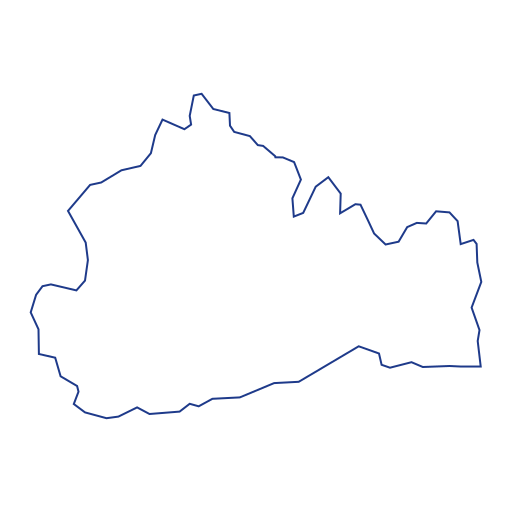 the Administrative County of Surrey
{"feature_id": "GBR-2755", "entity_name": "Surrey", "entity_type": "Administrative County", "adm_level": 1, "iso_a3": "GBR", "parent_name": "United Kingdom", "parent_adm1": "", "projection": "mercator", "projection_center": [-0.379, 51.274], "detail": "fine", "context": "isolated", "style": "outline", "palette": "blue", "viewbox_px": 512, "rotation_deg": 0, "n_neighbors": 0, "source": "natural_earth", "source_scale": "10m", "svg_char_len": 1199}
<svg xmlns="http://www.w3.org/2000/svg" viewBox="0 0 512 512"><path d="M229.4,113.0L230.0,125.7L234.2,131.9L249.9,136.1L257.8,145.1L263.1,145.9L275.2,156.2L275.4,157.3L282.8,157.4L294.1,162.1L296.6,168.5L300.9,179.6L292.4,198.3L293.8,216.6L303.2,212.9L315.7,186.7L328.3,177.2L340.7,193.6L340.1,213.3L355.4,204.2L360.5,204.7L367.9,220.2L374.1,233.5L385.6,244.5L398.6,241.7L407.2,227.1L416.8,222.9L426.2,223.5L436.1,211.3L449.5,212.4L456.0,219.4L457.6,221.1L460.7,244.1L473.5,239.9L476.6,243.9L477.3,262.5L481.3,281.9L471.6,307.6L479.5,330.1L477.7,341.0L480.7,366.5L460.1,366.5L449.5,366.0L422.8,367.0L411.5,362.2L390.0,367.7L381.6,364.8L379.0,353.5L358.7,346.3L298.7,381.8L274.1,383.1L239.8,397.4L212.4,398.8L198.7,406.3L189.7,403.8L179.6,411.6L149.5,414.0L137.1,407.4L118.4,416.6L106.5,418.2L85.0,412.4L73.8,404.0L78.5,391.7L77.1,386.0L60.6,376.3L55.2,357.7L38.9,354.0L38.5,329.3L30.7,312.4L36.1,294.8L42.5,286.2L50.9,284.4L76.4,290.4L85.0,280.6L87.9,260.1L85.7,242.6L68.0,210.9L90.1,184.9L101.2,182.5L121.4,170.3L140.5,165.9L150.9,153.2L155.2,135.0L162.5,119.6L184.4,129.2L191.1,124.6L189.7,115.9L193.8,95.5L201.6,93.8L213.3,109.0L229.4,113.0Z" fill="none" stroke="#1e3a8a" stroke-width="2"/></svg>